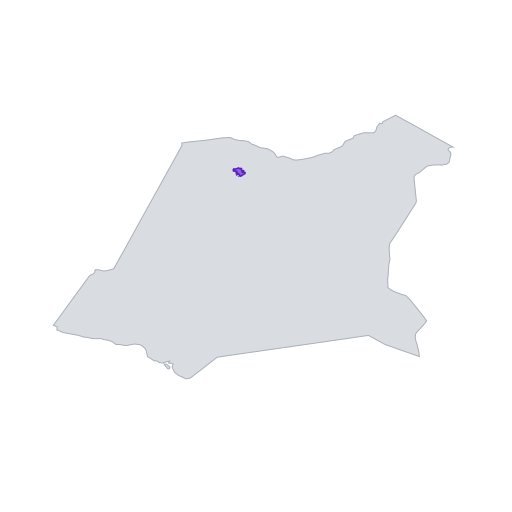 Chesumei, Rift Valley, Kenya (highlighted), rotated 82°
{"feature_id": "3690345B21695789916257", "entity_name": "Chesumei", "entity_type": "district", "adm_level": 2, "iso_a3": "KEN", "parent_name": "Kenya", "parent_adm1": "Rift Valley", "projection": "equal_earth", "projection_center": [35.097, 0.277], "detail": "fine", "context": "in_parent", "style": "filled", "palette": "violet", "viewbox_px": 512, "rotation_deg": 82, "n_neighbors": 0, "source": "geoboundaries", "source_scale": "gbopen_adm2", "svg_char_len": 5094}
<svg xmlns="http://www.w3.org/2000/svg" viewBox="0 0 512 512"><g transform="rotate(82 256 256)"><path d="M133.8,313.9L133.7,306.9L134.4,288.9L134.3,273.2L135.0,265.3L137.9,260.3L139.2,256.7L140.2,251.6L141.7,247.5L145.1,244.1L145.7,242.3L149.3,236.7L151.5,229.4L153.2,227.0L155.2,224.7L156.6,223.5L159.0,222.3L160.9,221.6L161.2,221.1L161.4,219.9L160.8,215.4L161.6,214.0L162.8,211.0L164.3,208.2L165.6,206.4L166.3,204.6L166.7,201.4L166.7,199.2L166.7,195.6L166.3,187.3L164.8,180.3L163.8,172.6L164.5,170.0L163.3,165.5L162.7,165.2L161.7,164.2L160.5,160.0L159.5,156.1L158.9,155.1L154.8,151.7L152.8,143.6L150.5,141.8L149.2,133.8L149.0,131.5L150.3,123.5L150.2,121.7L148.8,120.0L145.0,118.3L141.8,115.0L142.2,113.8L142.5,112.6L140.8,111.8L136.0,98.2L142.2,90.0L148.4,81.6L156.4,71.1L163.7,61.5L170.0,53.1L175.6,45.7L175.5,47.1L175.5,49.0L176.2,50.2L177.4,51.0L179.0,50.1L180.4,49.0L181.8,48.7L190.2,51.8L191.6,54.5L191.6,57.4L191.9,59.5L191.3,61.6L190.6,68.0L190.8,73.9L193.3,78.3L195.6,81.7L197.4,86.5L198.7,87.9L200.6,88.7L206.4,88.9L215.0,89.2L223.3,89.5L224.0,89.6L225.8,90.3L233.4,96.8L240.4,102.7L246.3,107.8L252.1,112.8L257.7,117.7L262.0,121.8L266.3,123.0L273.2,123.6L278.0,123.8L282.4,125.5L289.0,127.0L293.9,127.9L296.9,128.8L305.2,129.7L306.5,129.2L310.1,124.7L314.2,117.4L315.8,113.4L321.0,109.4L330.3,103.8L336.8,99.9L344.0,96.0L347.3,99.4L351.9,104.9L353.9,107.6L355.6,108.8L358.0,109.6L361.0,109.6L362.7,109.5L366.0,108.8L373.9,108.1L378.3,108.2L374.6,115.4L370.1,124.2L361.8,140.2L355.5,148.7L350.7,155.1L350.3,156.2L350.3,163.3L350.4,180.7L350.5,215.5L350.6,250.4L350.7,285.2L350.8,302.6L350.8,308.5L355.0,315.8L359.1,322.9L364.5,332.4L367.4,337.5L367.9,339.2L367.8,342.6L363.3,349.6L359.6,352.9L354.7,354.4L353.2,354.1L351.3,353.1L350.5,354.8L349.9,357.5L348.8,356.9L348.0,356.1L348.5,360.8L349.0,363.1L348.3,366.3L345.9,369.0L345.7,371.3L340.5,377.4L333.1,378.1L329.2,381.1L327.5,383.6L326.2,389.0L326.7,397.2L324.6,403.6L324.2,406.8L320.4,410.9L318.7,414.7L317.5,418.6L316.4,420.3L315.1,428.9L313.3,434.1L312.8,435.9L312.4,437.5L311.0,440.5L310.1,442.6L309.5,444.0L305.0,457.5L301.5,463.5L298.7,462.8L296.9,465.2L296.7,466.3L295.7,465.7L293.5,463.5L288.8,458.9L284.1,454.3L279.4,449.8L274.7,445.2L270.0,440.7L265.3,436.1L260.6,431.5L255.9,427.0L253.1,424.3L251.9,422.7L251.0,419.6L250.5,418.8L249.2,417.8L247.8,417.6L247.3,417.0L247.4,415.4L247.9,413.3L249.6,409.1L249.8,406.6L249.5,403.8L248.9,399.3L248.5,398.3L245.3,396.0L238.8,391.1L232.3,386.1L225.7,381.2L219.2,376.3L212.7,371.4L206.1,366.5L199.6,361.6L193.1,356.7L186.5,351.7L180.0,346.8L173.5,341.9L166.9,337.0L160.4,332.1L153.8,327.1L147.3,322.2L140.8,317.3L138.3,315.5L136.1,313.9L133.8,313.9ZM351.2,361.7L350.1,362.0L350.7,359.7L354.0,356.6L355.4,357.3L355.7,358.0L355.6,358.7L355.0,359.3L351.2,361.7Z" fill="#d9dde1" stroke="#a8b0b8" stroke-width="1"/><path d="M173.0,255.6L172.9,255.5L172.8,255.4L172.7,255.4L172.6,255.5L172.4,255.5L172.2,255.4L172.2,255.5L171.9,255.5L171.7,255.5L171.6,255.9L171.6,256.0L171.5,256.3L171.4,256.4L171.4,256.5L171.2,256.8L171.2,257.1L171.3,257.2L171.3,257.3L171.3,257.5L171.2,257.8L171.1,258.0L170.9,258.1L170.8,257.9L170.7,257.9L170.6,257.7L170.5,257.4L170.5,257.2L170.5,256.9L170.5,256.6L170.4,256.5L170.4,256.4L170.2,256.3L169.9,256.3L169.7,256.5L169.7,256.8L169.7,257.0L169.6,257.3L169.6,257.5L169.4,257.8L169.2,258.1L169.1,258.3L168.9,258.3L168.7,258.4L168.6,258.5L168.4,258.6L168.2,258.4L168.1,258.2L167.9,258.1L167.7,258.1L167.4,258.3L167.3,258.5L167.1,258.6L167.2,258.8L167.2,259.0L167.2,259.3L167.3,259.4L167.2,259.7L166.7,260.6L166.6,260.8L166.3,261.2L166.4,261.3L166.5,261.5L166.6,261.9L166.6,262.0L166.7,262.3L166.7,262.5L166.8,262.5L166.8,262.8L166.9,263.0L166.9,263.4L166.9,263.5L167.0,263.6L167.0,263.9L167.0,264.0L167.0,264.3L167.0,264.5L166.9,264.8L167.0,265.0L167.0,265.3L166.9,265.4L166.8,265.5L166.7,265.5L166.6,265.8L166.8,265.9L167.0,265.8L167.1,266.0L167.2,266.3L167.3,266.3L167.5,266.5L167.7,266.4L167.7,266.5L167.8,266.5L168.0,266.5L168.3,266.6L168.5,266.6L168.7,266.3L168.8,266.3L168.9,266.2L168.9,265.9L169.0,265.7L168.9,265.4L168.9,265.2L168.8,264.9L168.9,264.7L168.9,264.4L169.0,264.4L169.1,264.5L169.3,264.4L169.5,264.4L169.8,264.2L169.8,263.9L169.8,263.6L169.7,263.5L169.7,263.4L169.8,263.3L170.0,263.4L170.3,263.5L170.5,263.5L170.6,263.8L170.5,264.0L170.8,264.0L171.0,264.0L171.1,263.9L171.3,263.7L171.5,263.6L171.6,263.8L171.7,264.0L171.8,264.0L172.0,264.0L172.1,263.9L172.2,263.6L172.2,263.4L172.3,263.2L172.4,262.9L172.7,263.1L172.6,262.8L172.6,262.7L172.5,262.4L172.5,262.2L172.4,262.0L172.4,261.9L172.2,261.9L172.3,261.8L172.5,261.7L172.8,261.4L173.0,261.2L173.3,261.2L173.5,261.1L173.8,261.1L174.0,261.2L174.2,261.3L174.3,261.4L174.3,261.2L174.3,260.9L174.4,260.7L174.4,260.4L174.5,260.3L174.7,260.2L174.8,260.2L174.8,259.9L174.7,259.7L174.5,259.4L174.5,259.2L174.4,259.2L174.3,258.9L174.2,258.8L174.2,258.7L174.1,258.4L174.0,258.2L173.9,258.1L173.8,257.8L173.7,257.5L173.6,257.3L173.5,257.1L173.4,256.9L173.4,256.7L173.3,256.4L173.2,256.3L173.2,256.2L173.1,255.9L173.0,255.7L173.0,255.6Z" fill="#8b5cf6" stroke="#5b21b6" stroke-width="1.5"/></g></svg>